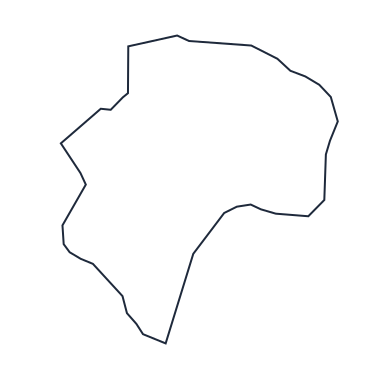 outline of Puconci, rotated 187°
{"feature_id": "SVN-929", "entity_name": "Puconci", "entity_type": "Municipality", "adm_level": 1, "iso_a3": "SVN", "parent_name": "Slovenia", "parent_adm1": "", "projection": "natural_earth1", "projection_center": [16.132, 46.76], "detail": "fine", "context": "isolated", "style": "outline", "palette": "slate", "viewbox_px": 384, "rotation_deg": 187, "n_neighbors": 0, "source": "natural_earth", "source_scale": "10m", "svg_char_len": 609}
<svg xmlns="http://www.w3.org/2000/svg" viewBox="0 0 384 384"><g transform="rotate(187 192 192)"><path d="M132.2,186.7L145.7,182.9L157.5,175.1L183.2,130.8L199.7,38.5L223.3,44.9L231.1,54.3L241.8,63.8L248.3,80.2L281.6,108.6L294.3,112.1L306.1,117.3L313.0,124.6L316.5,143.1L298.3,186.4L305.0,197.2L328.1,224.3L292.7,263.5L282.7,263.7L272.2,277.5L267.6,282.3L273.0,328.8L225.8,345.5L213.4,341.5L151.0,344.6L123.4,334.6L109.1,324.3L93.6,320.5L78.7,313.9L65.8,303.2L55.9,279.8L61.3,259.7L63.7,245.6L59.7,200.2L73.6,182.1L106.2,180.7L121.5,183.2L132.2,186.7Z" fill="none" stroke="#1e293b" stroke-width="2"/></g></svg>